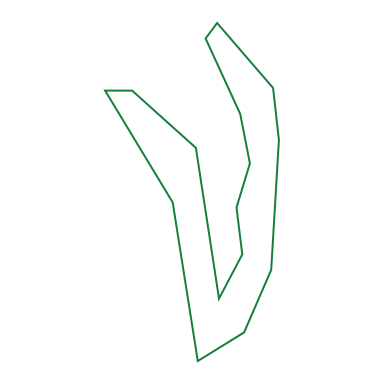 outline of British Indian Ocean Territory
{"feature_id": "IOT", "entity_name": "British Indian Ocean Territory", "entity_type": "country or territory", "adm_level": 0, "iso_a3": "IOT", "parent_name": "Seven seas (open ocean)", "parent_adm1": "", "projection": "equal_earth", "projection_center": [72.449, -7.328], "detail": "fine", "context": "isolated", "style": "outline", "palette": "green", "viewbox_px": 384, "rotation_deg": 0, "n_neighbors": 0, "source": "natural_earth", "source_scale": "50m", "svg_char_len": 326}
<svg xmlns="http://www.w3.org/2000/svg" viewBox="0 0 384 384"><path d="M271.2,269.9L244.1,332.4L197.8,361.0L172.7,202.4L105.1,90.6L132.1,90.6L195.9,147.9L219.0,298.6L242.3,254.4L236.5,207.6L249.9,163.4L240.2,113.9L205.6,38.5L217.1,23.0L273.1,88.0L278.9,140.0L271.2,269.9Z" fill="none" stroke="#15803d" stroke-width="2"/></svg>